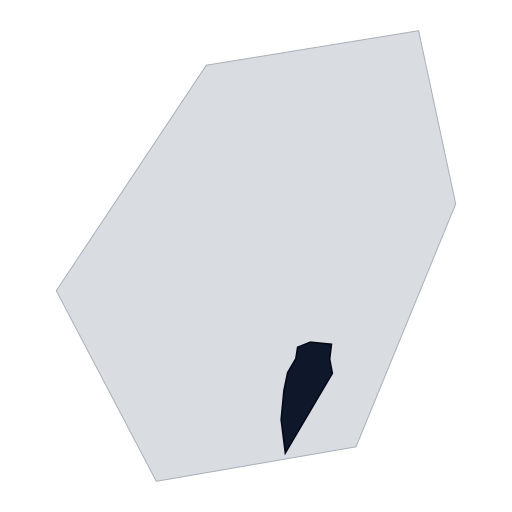 Montegiardino on a map of San Marino (Mercator projection)
{"feature_id": "SMR-4889", "entity_name": "Montegiardino", "entity_type": "state/province", "adm_level": 1, "iso_a3": "SMR", "parent_name": "San Marino", "parent_adm1": "", "projection": "mercator", "projection_center": [12.471, 43.912], "detail": "fine", "context": "in_parent", "style": "filled", "palette": "ink", "viewbox_px": 512, "rotation_deg": 0, "n_neighbors": 0, "source": "natural_earth", "source_scale": "10m", "svg_char_len": 407}
<svg xmlns="http://www.w3.org/2000/svg" viewBox="0 0 512 512"><path d="M356.0,446.8L156.3,481.3L56.3,290.7L206.3,65.2L418.6,30.7L455.7,204.0L356.0,446.8Z" fill="#d9dde1" stroke="#a8b0b8" stroke-width="1"/><path d="M331.5,344.2L329.7,359.1L332.4,373.3L285.3,453.1L281.1,419.6L283.9,390.4L287.6,372.6L295.8,358.6L297.6,347.2L310.4,342.1L331.5,344.2Z" fill="#0f172a" stroke="#020617" stroke-width="1.5"/></svg>